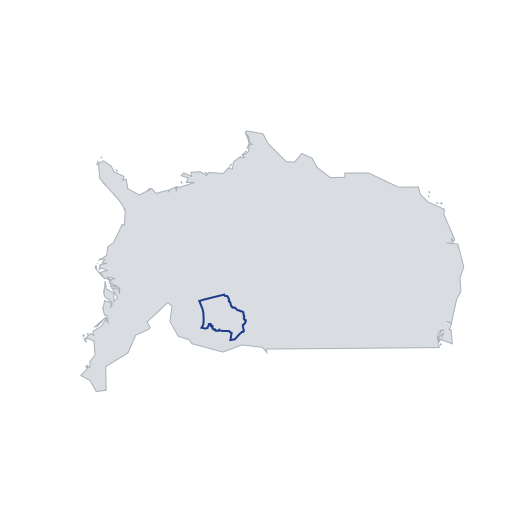 United States of America, with Wisconsin highlighted, rotated 166°
{"feature_id": "USA-3553", "entity_name": "Wisconsin", "entity_type": "State", "adm_level": 1, "iso_a3": "USA", "parent_name": "United States of America", "parent_adm1": "", "projection": "albers", "projection_center": [-89.863, 44.9], "detail": "fine", "context": "in_parent", "style": "outline", "palette": "blue", "viewbox_px": 512, "rotation_deg": 166, "n_neighbors": 0, "source": "natural_earth", "source_scale": "10m", "svg_char_len": 7619}
<svg xmlns="http://www.w3.org/2000/svg" viewBox="0 0 512 512"><g transform="rotate(166 256 256)"><path d="M403.7,192.9L428.6,185.0L433.9,162.0L443.8,163.1L447.3,175.6L455.0,182.4L446.2,188.0L446.3,190.5L444.0,188.0L442.8,193.6L436.1,198.9L433.8,212.6L439.4,216.9L442.2,215.6L440.9,213.4L442.0,214.3L442.9,216.9L434.8,220.7L432.6,218.2L432.6,222.3L422.9,225.3L416.4,231.8L416.7,228.8L415.6,227.2L414.9,234.3L417.2,235.1L417.5,241.0L413.7,249.4L407.6,245.8L410.0,240.5L406.9,244.4L409.2,249.3L412.0,251.9L412.9,255.1L408.4,268.2L409.1,260.3L402.8,254.1L405.0,246.0L400.3,249.1L403.8,260.0L398.3,257.4L396.7,258.0L397.7,254.3L397.5,253.3L396.2,256.3L396.5,258.6L404.7,261.7L403.3,264.0L399.3,260.6L397.9,260.2L402.9,264.1L404.9,264.8L404.2,267.7L401.6,265.9L405.9,269.6L405.1,270.3L403.0,268.4L398.1,268.2L404.6,271.3L408.3,270.5L413.6,280.1L409.1,272.8L410.9,277.8L403.7,277.9L409.6,282.1L411.8,280.2L409.4,285.3L402.4,284.8L406.9,286.5L403.7,289.4L408.1,290.4L400.7,292.7L397.7,300.7L390.7,303.7L378.3,318.9L376.3,317.6L372.2,330.5L372.0,333.6L375.2,342.7L388.8,369.0L386.6,383.8L381.0,385.3L374.8,378.1L373.2,371.8L364.7,365.1L367.1,361.5L363.3,362.0L364.1,352.2L354.4,343.4L340.7,346.6L338.0,341.0L324.4,341.1L326.0,338.9L323.7,341.2L317.6,342.3L317.5,338.0L316.5,341.1L297.9,342.1L305.8,344.2L303.1,348.2L309.1,352.0L306.0,354.1L299.3,349.0L298.8,353.0L289.6,351.2L284.5,346.0L281.3,348.5L268.0,344.0L259.8,349.1L261.9,347.7L257.8,346.0L255.2,352.7L246.6,356.5L248.6,355.4L243.2,354.2L244.9,356.7L238.3,359.0L235.1,366.3L232.4,364.8L234.6,367.1L234.4,374.0L236.7,378.4L234.6,379.7L219.6,372.8L217.2,362.4L203.8,340.1L195.8,337.8L186.8,344.4L178.0,337.5L175.4,327.5L165.0,314.1L150.7,310.9L149.7,315.0L126.7,309.3L101.1,288.3L81.8,283.7L81.6,276.0L76.0,266.8L61.9,255.7L63.7,250.9L59.2,224.2L60.5,222.1L62.0,226.1L62.2,220.7L67.9,222.6L57.3,218.8L57.0,195.1L63.4,185.3L65.7,172.2L71.7,165.6L82.5,144.0L87.0,146.6L82.3,143.3L86.3,137.9L84.5,137.2L86.8,123.3L97.1,130.4L92.1,136.0L97.8,132.9L95.1,138.3L91.9,138.5L93.7,139.6L96.8,138.2L99.8,132.8L100.3,122.8L268.5,163.2L268.8,159.6L271.8,165.8L291.2,173.1L311.3,170.8L339.4,186.4L340.9,190.7L350.9,196.9L355.3,213.6L349.5,227.8L353.1,232.0L377.6,218.4L375.9,212.2L378.0,210.8L391.8,208.3L403.7,192.9ZM426.5,227.5L430.6,225.8L416.3,233.0L427.8,225.6L426.5,227.5ZM98.9,128.6L99.0,132.7L98.6,133.2L97.7,129.7L98.9,128.6ZM236.5,377.2L235.0,371.0L235.5,367.6L235.5,371.2L236.5,377.2ZM447.3,188.2L447.8,190.2L447.0,189.9L447.3,188.2ZM284.6,347.8L285.0,349.2L283.5,348.0L284.6,347.8ZM66.0,263.5L68.1,263.4L68.2,263.7L66.0,263.5ZM64.2,262.2L63.2,262.9L62.9,261.8L64.2,262.2ZM438.8,220.0L437.9,221.5L437.5,221.3L438.8,220.0ZM237.0,364.5L235.5,367.1L238.9,362.1L237.0,364.5ZM384.6,360.3L387.3,365.5L384.2,359.8L384.6,360.3ZM73.9,271.4L74.2,273.1L73.7,271.5L73.9,271.4ZM387.6,384.5L386.0,386.4L388.5,382.5L387.6,384.5ZM414.8,283.5L413.4,285.9L413.9,280.5L414.8,283.5ZM98.6,125.0L98.2,126.1L97.8,125.3L98.6,125.0ZM244.9,357.8L241.8,358.8L245.0,357.4L244.9,357.8ZM442.9,219.6L443.1,221.0L441.8,221.0L442.9,219.6ZM72.4,275.3L72.4,277.3L72.1,275.4L72.4,275.3ZM241.0,359.8L239.7,360.4L240.9,359.4L241.0,359.8ZM412.6,257.5L411.4,260.7L412.7,256.4L412.6,257.5ZM258.9,350.3L256.9,351.2L259.7,349.5L258.9,350.3ZM372.7,331.9L372.5,334.2L372.2,332.7L372.7,331.9ZM408.8,290.7L408.3,291.2L409.8,289.2L408.8,290.7ZM345.6,345.8L343.4,347.1L342.4,346.9L345.6,345.8ZM316.7,342.0L316.3,342.4L315.0,342.3L316.7,342.0ZM370.6,372.2L371.1,373.8L370.1,372.0L370.6,372.2ZM310.8,345.2L310.4,346.7L310.3,344.1L310.8,345.2ZM382.6,388.9L381.2,389.2L383.1,388.5L382.6,388.9ZM417.3,242.1L416.8,243.7L417.4,241.4L417.3,242.1ZM412.1,286.6L411.4,287.2L412.1,286.6Z" fill="#d9dde1" stroke="#a8b0b8" stroke-width="1"/><path d="M322.6,197.8L322.8,197.9L323.2,198.1L323.5,198.2L323.7,198.4L323.9,198.5L324.2,198.6L324.6,198.8L324.8,199.0L325.0,199.1L325.3,199.2L325.5,199.3L325.9,199.5L326.2,199.6L325.8,200.1L325.4,200.4L324.9,200.9L324.6,201.3L324.3,201.6L323.9,202.1L323.7,202.5L323.5,203.0L323.2,203.5L323.0,204.3L322.6,205.4L322.4,206.3L322.1,207.2L321.9,208.2L321.8,209.0L321.5,210.1L321.3,211.0L321.1,212.0L321.0,212.9L320.8,213.9L320.8,214.6L320.8,215.8L320.7,216.7L320.7,217.6L320.8,218.1L320.9,219.0L321.1,220.1L321.2,221.3L321.4,222.2L321.5,223.1L321.6,224.1L321.7,224.8L321.9,226.1L320.4,226.1L319.1,226.2L316.4,226.3L315.1,226.3L306.4,226.3L303.9,226.3L296.4,226.2L296.5,225.9L296.4,225.8L296.2,225.5L296.2,225.4L296.0,225.0L295.9,224.9L295.6,224.8L295.3,224.6L294.1,224.4L293.8,224.2L293.6,224.1L293.3,223.5L293.3,223.3L293.3,222.9L293.2,222.8L293.2,222.6L293.0,222.4L292.9,222.2L292.9,221.6L292.8,221.4L292.8,221.0L292.8,220.7L292.7,220.0L292.8,219.6L293.2,219.1L293.3,218.8L293.3,218.5L293.2,218.3L292.6,218.0L292.5,217.9L292.4,217.8L292.4,217.6L292.4,217.4L292.3,217.2L292.2,217.1L292.2,216.8L292.2,216.7L292.3,216.5L292.3,216.4L292.3,216.2L292.2,216.0L292.2,215.9L292.3,215.6L292.2,215.2L292.3,214.6L292.3,214.4L292.3,214.2L292.2,214.1L292.1,213.9L292.1,213.7L292.1,213.4L292.1,213.1L292.0,212.9L292.0,212.7L291.9,212.6L291.5,212.5L291.5,212.3L291.3,212.1L291.3,211.9L291.2,211.8L291.2,211.7L290.8,211.7L290.7,211.6L290.4,211.3L289.6,211.3L289.6,211.2L288.7,210.4L288.4,210.3L288.3,210.1L287.8,209.1L287.6,208.6L286.6,207.6L286.2,207.5L285.4,207.3L285.2,207.2L285.0,206.7L284.8,206.4L284.6,206.2L284.4,206.1L283.3,205.9L283.0,205.7L282.9,205.5L282.8,205.4L282.4,204.9L281.9,204.6L281.8,204.4L282.1,203.8L282.1,203.6L282.1,203.4L282.1,203.1L282.2,202.9L282.2,202.4L282.2,202.0L282.0,201.6L282.0,201.3L282.2,201.2L282.3,201.1L282.4,200.9L282.4,200.7L282.3,200.4L282.2,200.3L282.3,200.2L282.3,199.6L282.4,199.4L282.4,199.2L282.5,199.1L282.7,198.9L282.8,198.8L282.8,198.5L283.0,198.2L283.0,197.9L282.9,197.7L282.7,197.4L282.6,196.9L282.3,196.6L281.9,196.6L281.6,196.6L281.5,196.2L281.6,195.5L281.6,195.3L281.7,195.2L282.3,194.7L282.5,194.4L282.5,194.1L282.7,193.6L282.9,193.4L283.2,193.3L283.3,193.3L283.6,193.0L283.8,193.0L284.0,192.8L284.1,192.7L284.5,192.7L284.7,192.4L284.8,192.3L285.1,192.3L285.3,192.3L285.3,192.2L285.5,191.9L285.7,191.5L285.9,186.3L286.0,186.3L286.3,186.4L286.5,186.2L286.5,185.9L286.7,185.7L286.8,185.7L286.9,185.4L287.0,185.4L288.1,185.7L291.4,183.9L292.0,183.5L295.4,181.2L296.0,180.8L296.7,180.3L297.8,180.4L299.0,180.5L299.5,180.5L301.2,180.6L300.7,181.8L299.4,184.7L298.7,186.3L298.5,186.7L298.2,187.3L298.3,187.5L298.5,187.6L298.8,187.7L299.0,187.8L299.3,187.9L299.4,188.0L299.5,188.1L300.0,189.3L300.1,189.5L300.3,189.7L300.9,189.8L301.8,190.1L304.6,190.8L305.6,191.1L306.0,191.2L306.8,191.4L307.3,191.7L308.7,192.5L308.8,192.5L309.0,192.5L309.3,192.5L309.5,192.5L310.0,192.7L310.0,192.8L310.1,192.7L310.3,192.6L310.5,192.6L310.8,192.6L311.0,192.7L311.4,192.9L311.5,192.9L311.8,192.8L312.0,193.0L312.4,193.0L312.5,193.1L312.8,193.2L313.0,193.2L313.2,193.3L313.3,193.3L313.5,193.5L313.7,193.9L313.7,194.0L313.5,194.3L313.4,194.4L313.4,194.5L313.5,194.5L313.8,194.8L314.0,194.8L314.2,194.7L314.3,194.8L314.5,195.0L314.9,195.0L315.0,195.1L315.2,195.3L315.3,195.4L315.5,195.5L315.6,195.8L315.5,196.0L315.7,196.3L315.7,196.6L315.6,196.8L315.6,197.1L315.6,197.4L315.6,197.5L315.5,197.8L315.3,198.0L315.2,198.0L315.2,198.3L315.2,198.6L315.2,198.8L315.3,198.9L315.5,198.8L315.8,198.8L316.4,198.5L316.5,198.5L316.7,198.8L316.6,199.1L316.4,199.5L316.2,199.9L316.2,200.0L316.2,200.4L316.2,200.5L316.4,200.6L316.5,200.8L316.6,201.0L316.8,201.1L317.1,201.2L317.5,201.4L317.9,201.4L318.2,201.4L318.3,200.9L318.4,200.2L319.0,199.9L319.5,199.4L319.8,199.1L320.0,198.7L320.2,198.3L320.4,197.9L320.8,197.9L321.6,197.9L322.6,197.8Z" fill="none" stroke="#1e3a8a" stroke-width="2"/></g></svg>